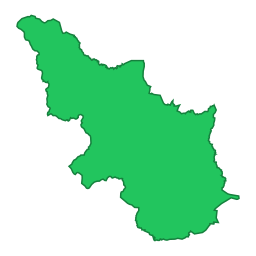 outline of Nong Prue, Kanchanaburi, Thailand
{"feature_id": "78962969B48992578424572", "entity_name": "Nong Prue", "entity_type": "district", "adm_level": 2, "iso_a3": "THA", "parent_name": "Thailand", "parent_adm1": "Kanchanaburi", "projection": "robinson", "projection_center": [99.466, 14.685], "detail": "fine", "context": "isolated", "style": "filled", "palette": "green", "viewbox_px": 256, "rotation_deg": 0, "n_neighbors": 0, "source": "geoboundaries", "source_scale": "gbopen_adm2", "svg_char_len": 5771}
<svg xmlns="http://www.w3.org/2000/svg" viewBox="0 0 256 256"><path d="M239.0,198.4L238.7,196.0L229.8,194.5L227.6,193.8L222.0,190.0L222.2,187.7L223.1,187.4L224.0,185.6L224.2,183.6L224.6,183.3L224.8,182.0L224.4,181.8L224.4,180.9L225.8,180.7L225.5,180.0L225.7,178.7L224.9,177.6L224.4,177.7L222.9,176.7L222.7,177.0L222.3,176.8L222.2,176.2L221.5,175.6L222.0,175.6L221.8,175.1L222.3,173.8L222.0,171.4L221.2,171.1L221.0,170.6L221.3,170.0L220.2,169.4L218.9,167.9L217.2,167.6L217.4,167.1L216.9,166.7L217.0,166.0L216.0,163.5L216.3,162.3L216.1,162.0L214.5,162.1L213.8,161.1L214.5,160.2L214.1,157.3L214.5,155.4L214.9,155.1L214.6,154.5L215.1,154.3L215.1,153.6L215.5,153.7L214.8,152.9L215.6,152.4L215.2,151.4L215.4,150.6L215.0,150.1L213.8,149.8L213.8,149.1L212.7,147.8L212.8,147.2L212.2,146.7L211.9,145.6L212.3,144.4L211.1,144.2L210.2,143.6L209.5,142.8L209.6,141.5L208.5,140.8L208.4,140.3L208.8,139.6L208.6,138.6L209.3,138.0L209.1,136.0L209.5,135.8L209.5,134.9L210.5,132.5L210.3,132.1L210.9,131.8L211.2,130.7L210.6,129.7L211.4,128.3L212.2,128.2L213.8,125.2L213.7,123.2L214.5,120.7L214.8,118.0L213.4,117.6L213.4,114.5L215.1,112.6L216.2,110.0L214.1,105.1L213.8,105.7L212.4,105.8L211.9,106.5L210.4,106.4L210.0,107.8L208.5,108.7L208.2,110.8L207.7,111.6L204.9,111.4L201.3,113.9L199.7,113.9L197.9,114.6L197.2,113.8L195.7,114.6L194.0,113.0L192.9,110.4L192.1,110.2L190.8,110.3L190.7,112.1L189.7,111.5L189.3,111.9L189.0,111.1L188.5,111.1L186.0,112.8L185.3,113.7L184.8,113.2L183.7,113.2L181.4,113.7L179.7,112.0L177.1,110.9L178.4,107.3L179.6,105.1L176.1,106.1L174.1,105.9L174.4,104.9L173.2,103.8L172.7,102.7L172.9,100.6L171.7,101.9L170.2,105.1L167.9,104.2L167.6,105.0L164.8,104.5L163.4,103.0L160.1,95.3L153.7,94.5L151.7,93.3L151.2,93.9L149.1,93.3L149.9,89.9L149.8,88.4L150.7,86.6L147.3,85.2L145.3,81.4L144.1,80.2L143.0,76.6L143.2,71.2L144.2,66.7L144.2,63.1L143.6,62.4L143.4,60.6L131.4,60.6L124.7,63.6L123.6,64.7L122.2,63.8L122.1,64.8L120.8,66.0L120.2,65.5L119.9,65.8L120.2,66.7L119.6,66.7L119.2,66.1L117.3,65.7L116.8,66.6L117.3,67.8L116.6,68.6L115.4,67.7L113.8,69.0L113.7,68.0L112.9,68.1L112.4,67.6L111.7,68.1L110.7,67.7L109.1,69.0L108.5,68.3L107.2,68.5L107.2,67.3L105.8,67.2L106.0,66.4L106.5,66.2L106.3,65.7L104.5,64.7L103.2,65.0L103.2,64.5L102.4,64.4L102.1,65.1L101.2,64.1L99.8,65.1L98.6,63.9L98.7,61.4L98.3,61.1L97.8,61.4L97.9,61.0L97.1,60.8L97.2,60.5L96.2,59.8L95.5,60.0L94.8,59.4L94.3,59.5L94.2,59.0L93.0,59.1L92.6,59.9L91.8,60.2L90.9,59.4L90.5,58.3L89.6,58.2L88.1,55.9L86.4,55.9L85.4,55.2L84.7,55.4L83.7,54.5L83.3,52.8L82.0,51.5L81.7,50.0L80.4,49.0L80.2,49.2L79.2,47.5L79.5,47.2L79.3,44.4L79.9,43.6L79.9,42.8L78.5,41.8L78.5,41.2L77.7,40.5L76.6,38.1L75.9,37.9L75.3,36.8L74.5,37.0L73.9,36.5L74.3,35.4L70.0,34.1L66.2,32.1L64.9,33.1L62.9,33.3L61.8,31.2L59.4,22.4L53.2,19.0L50.8,20.4L47.9,20.7L45.7,22.5L44.3,22.9L41.8,21.5L39.6,19.1L35.7,18.2L35.1,16.5L31.2,15.4L29.7,16.8L27.9,16.6L22.0,18.6L18.0,22.4L17.4,23.9L17.0,26.4L18.8,28.3L21.0,29.3L24.0,31.9L24.4,33.1L24.4,37.0L25.5,39.5L26.1,40.0L27.8,40.2L29.3,41.2L30.4,44.6L31.2,45.7L32.8,49.1L34.8,50.7L37.1,51.0L39.0,52.9L39.1,54.6L37.5,55.1L36.7,56.7L36.9,58.2L36.4,59.7L37.0,61.5L36.8,63.6L38.0,65.0L37.1,68.1L38.0,69.2L41.2,70.3L42.2,71.3L42.5,73.4L41.6,78.0L42.3,79.7L43.2,80.1L43.1,81.4L44.5,81.2L45.4,82.3L46.6,82.5L47.7,81.7L47.7,82.5L48.8,83.6L49.0,84.6L48.4,87.3L46.1,89.0L45.8,89.8L46.4,91.4L47.2,91.7L47.3,93.9L47.9,95.3L46.9,98.7L47.3,102.4L46.8,104.1L48.1,106.7L49.7,107.6L50.2,108.4L49.2,110.5L49.1,111.6L48.0,112.2L47.6,113.1L47.5,114.4L47.9,115.5L50.7,113.8L51.6,114.1L53.1,115.6L55.1,115.5L56.4,116.1L59.0,118.5L60.6,118.6L62.2,119.7L65.4,120.7L66.6,119.9L67.7,119.9L67.6,120.6L68.4,121.0L69.5,120.2L70.6,117.7L71.7,118.4L73.4,118.0L75.9,119.1L77.5,118.3L77.7,117.5L78.2,117.4L78.2,115.9L78.8,115.1L80.4,114.5L81.2,114.6L83.0,115.9L83.2,117.5L81.3,120.8L81.6,122.1L82.3,122.8L81.0,124.5L81.1,125.8L81.8,127.1L83.9,128.6L86.0,132.8L88.0,133.6L88.6,134.6L90.2,135.7L90.7,137.6L91.0,143.3L89.7,146.2L88.5,147.1L88.8,149.1L87.3,149.4L85.5,151.7L84.7,153.0L84.2,155.0L80.8,155.1L79.7,156.2L78.1,156.7L75.8,159.3L73.8,160.3L72.2,163.0L71.9,164.1L69.0,166.3L71.2,168.6L72.9,172.4L74.2,174.0L75.3,174.5L76.8,172.7L77.9,172.5L79.7,173.4L82.1,175.4L82.2,178.3L81.7,183.4L85.0,186.0L86.5,188.1L87.9,188.5L89.3,187.9L91.6,184.5L94.3,182.1L97.1,181.2L99.5,181.1L101.3,179.7L103.1,179.1L104.7,180.4L106.1,180.6L107.5,177.8L109.2,176.4L110.8,176.5L111.9,177.8L112.5,178.0L115.1,177.0L117.0,178.0L118.2,178.1L119.0,179.0L121.7,178.4L122.5,178.6L122.2,179.8L122.7,180.2L123.6,182.2L123.8,185.0L124.6,185.4L125.5,187.2L124.8,188.7L124.1,189.1L123.0,191.5L121.3,192.0L120.8,193.3L120.6,197.3L127.5,203.2L129.5,204.3L131.7,204.8L134.6,207.4L138.7,207.6L138.8,210.5L137.0,213.3L136.5,215.1L136.1,215.6L136.1,217.1L135.7,218.0L136.0,218.9L135.5,220.3L136.3,221.2L136.7,221.2L136.5,222.7L137.4,224.5L137.0,225.4L137.6,225.8L137.4,226.4L137.9,227.4L138.7,227.7L139.3,227.4L139.9,228.1L141.3,228.0L142.0,229.9L142.4,229.6L144.3,230.4L144.5,229.9L145.0,230.0L144.5,230.9L149.2,232.9L149.6,234.5L151.6,235.3L152.7,235.3L153.0,237.0L154.2,237.0L154.9,237.6L154.8,238.0L154.2,237.8L153.5,238.4L153.7,239.2L154.3,239.6L154.2,240.2L154.9,240.6L155.2,240.2L157.1,240.0L157.9,240.4L159.3,240.4L160.0,239.9L160.0,239.2L160.8,239.0L161.6,239.9L163.4,239.0L165.0,239.8L167.0,240.1L169.6,239.3L175.0,239.1L177.8,238.3L182.1,239.1L185.3,237.7L186.3,236.7L188.4,236.8L188.5,235.5L189.2,235.1L188.9,234.5L189.2,234.3L188.7,233.9L188.7,232.9L189.9,232.3L190.5,231.1L194.5,233.9L202.5,232.5L205.8,230.1L209.2,225.5L209.9,224.9L209.9,223.7L213.8,224.0L214.1,223.0L213.5,222.3L213.6,222.1L218.3,222.5L216.2,217.9L217.0,210.7L214.3,210.2L215.2,208.7L221.6,203.5L231.1,197.8L236.6,199.3L237.7,199.2L239.0,198.4Z" fill="#22c55e" stroke="#15803d" stroke-width="1.5"/></svg>